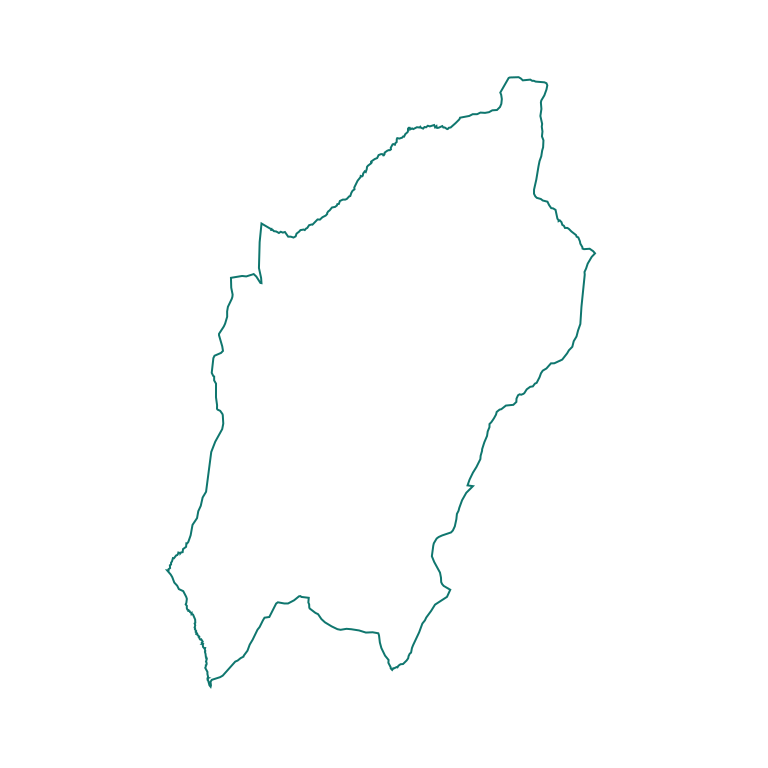 outline of Manyoni, Singida, United Republic of Tanzania, rotated 186°
{"feature_id": "72390352B73180368039512", "entity_name": "Manyoni", "entity_type": "district", "adm_level": 2, "iso_a3": "TZA", "parent_name": "United Republic of Tanzania", "parent_adm1": "Singida", "projection": "equal_earth", "projection_center": [34.654, -6.406], "detail": "fine", "context": "isolated", "style": "outline", "palette": "teal", "viewbox_px": 768, "rotation_deg": 186, "n_neighbors": 0, "source": "geoboundaries", "source_scale": "gbopen_adm2", "svg_char_len": 6130}
<svg xmlns="http://www.w3.org/2000/svg" viewBox="0 0 768 768"><g transform="rotate(186 384 384)"><path d="M578.0,181.3L577.5,178.6L578.9,177.3L578.8,176.1L580.2,176.0L576.2,172.2L574.4,169.8L571.8,164.6L568.6,161.8L566.6,158.6L562.0,157.0L558.5,151.7L557.6,149.7L557.7,145.7L558.2,144.1L556.9,142.8L556.7,140.5L556.0,139.1L554.9,138.8L554.9,137.9L553.6,137.8L553.1,136.9L551.8,136.3L551.5,135.3L551.2,135.8L551.0,135.1L549.8,134.7L547.2,130.0L546.7,126.8L547.3,126.1L546.5,124.3L546.9,121.9L546.3,121.4L546.4,120.3L545.0,118.7L545.4,117.8L544.4,117.1L544.6,115.9L543.6,115.9L543.3,114.9L542.1,114.2L541.9,113.2L541.3,113.2L541.3,112.5L540.6,111.2L539.9,110.6L539.1,111.0L537.4,108.9L538.1,107.7L537.1,107.0L537.8,106.4L536.8,106.3L537.0,105.7L536.5,103.6L535.4,102.6L534.3,102.7L534.5,101.3L533.8,99.8L534.1,98.9L533.3,97.0L532.6,93.8L532.0,93.5L532.1,92.4L531.5,92.1L532.0,89.2L531.5,88.7L531.1,87.0L531.4,85.9L531.8,85.7L531.7,84.3L532.1,83.0L529.5,79.2L529.3,77.1L528.4,74.5L528.5,73.5L528.0,73.4L528.4,73.2L528.3,72.4L528.7,72.4L528.5,71.2L527.8,70.5L526.1,66.1L524.8,64.8L524.6,66.2L525.4,69.7L524.3,71.8L516.4,75.3L513.9,77.1L502.9,92.4L500.7,93.6L497.9,96.4L495.2,98.2L495.1,99.1L491.9,104.5L490.3,110.8L487.9,116.0L484.1,126.5L482.3,129.3L479.7,136.3L478.4,139.1L473.7,140.3L468.3,154.4L466.7,155.8L460.1,155.3L456.5,155.7L450.8,159.5L446.3,164.0L444.9,164.3L443.9,163.6L436.5,163.5L436.4,158.8L435.4,157.0L435.0,154.1L434.5,153.0L428.3,149.2L425.5,148.2L421.7,143.7L417.8,140.8L410.8,137.5L404.7,135.3L401.5,135.0L395.7,136.6L391.0,136.7L383.0,136.3L376.0,134.9L369.4,135.9L363.6,135.5L362.7,133.5L361.1,126.5L359.0,121.1L354.6,114.0L350.6,110.0L350.5,107.2L347.7,102.9L347.6,101.9L346.0,100.5L345.1,102.2L344.7,102.0L341.9,103.8L341.0,103.6L340.2,105.3L338.3,107.0L335.8,107.5L332.6,111.4L331.3,113.7L331.1,116.0L330.2,118.5L329.0,119.7L328.6,124.3L327.8,127.2L323.1,140.7L320.8,149.8L318.6,153.2L317.6,156.1L313.4,163.3L310.2,169.9L299.1,178.9L296.6,186.3L303.5,189.4L305.2,191.0L306.4,192.9L307.1,197.4L308.6,202.3L315.5,212.3L318.4,217.7L318.1,228.4L317.8,230.8L315.5,235.8L313.7,237.5L310.3,239.5L301.8,243.4L300.2,245.5L298.7,249.8L297.9,257.1L297.9,262.4L296.6,265.8L296.2,268.6L294.2,276.6L290.8,284.4L284.9,291.7L290.3,291.9L288.9,297.9L286.3,305.1L283.4,311.1L280.3,319.4L280.4,322.7L279.5,327.8L279.6,329.4L278.1,336.6L276.1,343.1L275.9,347.7L274.6,352.1L274.9,355.2L273.3,357.2L271.1,361.3L269.4,365.3L269.0,368.0L266.4,370.6L264.7,371.2L260.5,375.3L253.2,376.8L250.5,380.0L250.7,383.3L249.5,386.8L248.1,387.9L246.4,387.7L244.3,388.8L243.5,389.6L241.5,393.6L238.3,396.5L235.7,397.2L234.0,400.1L232.3,401.1L230.0,407.0L229.0,411.1L227.5,413.9L224.1,416.4L220.1,422.0L216.8,422.4L209.3,426.9L205.1,433.6L203.6,436.9L200.6,440.7L199.8,446.4L197.5,451.4L196.6,457.5L195.0,464.2L195.7,481.4L195.8,513.7L196.3,516.4L195.1,519.9L194.0,525.0L190.7,532.2L187.8,536.0L189.8,537.9L193.6,540.0L199.2,539.0L200.7,539.4L201.0,540.8L203.4,544.1L204.1,546.4L206.1,550.1L207.8,550.6L208.6,552.2L213.6,555.3L216.4,557.6L218.0,558.4L220.3,558.1L221.7,560.2L223.3,560.9L224.4,563.5L226.3,565.1L227.4,564.3L227.6,565.3L228.8,566.5L231.6,575.1L234.1,576.3L236.1,576.4L238.5,579.2L240.5,582.4L245.3,583.1L247.4,584.4L251.5,585.1L253.2,586.5L254.7,588.9L255.1,593.0L253.9,603.2L253.1,616.7L252.6,622.0L251.4,626.9L251.1,632.7L250.5,636.0L250.9,643.0L252.8,646.8L252.8,651.7L254.0,656.4L253.9,659.2L256.5,666.9L256.2,674.0L257.4,680.3L257.2,682.4L254.7,687.8L253.2,693.9L252.8,698.1L253.9,700.1L256.0,700.8L264.8,700.6L266.7,701.2L268.3,701.0L270.3,702.0L277.7,700.5L279.9,702.2L282.2,703.2L290.9,702.0L292.0,701.4L298.8,686.0L297.7,683.9L296.6,679.7L296.6,674.9L297.6,671.6L300.3,668.3L304.9,667.5L308.0,665.3L311.9,664.2L316.5,664.0L319.5,662.1L324.0,661.6L327.2,659.5L336.2,656.8L336.7,655.1L340.2,650.8L344.5,646.1L346.3,645.6L347.2,644.3L347.8,644.1L350.5,645.5L351.8,645.3L353.0,646.6L356.4,644.6L357.9,644.2L358.4,644.4L358.8,645.9L360.0,644.6L361.2,646.8L365.3,645.0L367.4,645.4L369.0,643.7L370.6,643.8L371.8,642.1L374.1,642.8L374.8,643.6L375.4,642.8L378.1,642.8L381.5,640.6L382.7,641.1L383.2,640.6L384.1,640.8L384.7,640.0L385.3,641.5L386.2,641.4L386.8,640.4L386.6,638.0L386.9,636.9L388.9,634.8L389.9,632.1L390.8,632.2L391.7,630.9L394.4,629.7L396.5,629.9L396.9,628.8L396.7,625.9L397.8,624.8L398.2,623.1L399.9,623.6L400.5,623.2L402.0,619.6L401.6,618.1L402.7,617.1L403.7,617.1L405.2,616.3L407.5,614.2L407.5,612.6L408.1,611.4L408.6,611.3L409.4,612.4L411.0,612.3L413.3,611.1L414.4,608.0L416.8,606.7L420.1,603.8L420.1,603.2L419.5,602.8L419.9,602.1L422.8,599.4L423.6,598.1L423.6,596.0L424.3,592.9L425.4,593.5L426.7,591.2L426.9,588.9L427.6,588.2L428.9,588.5L429.0,587.3L431.5,583.4L434.1,576.3L433.7,574.5L435.4,573.0L436.4,570.9L437.2,567.4L438.2,567.0L440.4,564.1L441.9,563.3L444.2,563.1L447.0,561.4L447.7,558.4L449.2,558.0L449.5,556.6L451.2,555.0L454.2,554.1L456.2,551.0L457.6,549.7L458.4,548.0L458.3,547.1L459.6,545.4L462.7,543.4L464.9,540.8L467.3,540.7L471.8,535.0L472.6,535.1L475.1,534.1L476.6,531.2L477.9,530.3L478.9,528.8L480.1,529.2L483.2,528.3L484.3,526.7L486.7,524.4L487.3,521.6L489.3,520.2L492.2,520.8L494.7,520.5L498.4,524.8L500.4,524.0L502.6,524.6L504.3,523.2L507.1,524.4L509.5,524.5L510.8,525.6L512.2,525.4L512.2,526.5L512.9,526.4L522.6,530.8L522.5,512.1L520.5,486.3L517.3,476.6L516.4,471.5L517.5,471.6L522.2,477.5L525.1,479.7L532.2,476.6L536.4,476.6L547.3,473.6L546.0,463.8L543.9,457.1L543.9,454.8L544.3,452.8L547.3,444.4L547.6,439.8L547.0,434.5L548.3,427.5L549.3,424.5L553.3,416.7L553.2,415.3L548.8,404.5L547.6,400.1L549.3,397.9L555.5,394.4L556.4,391.9L556.5,377.1L554.7,374.2L553.7,373.7L553.3,369.8L551.1,366.8L549.7,353.2L547.8,345.5L547.5,341.9L546.8,341.1L544.1,340.2L541.5,337.2L541.1,336.2L539.7,327.8L540.2,322.2L545.8,309.0L548.7,298.3L549.7,258.2L552.5,252.2L553.5,243.7L555.4,238.1L555.9,231.1L559.7,223.9L560.5,213.3L562.1,206.5L563.1,204.9L563.9,204.9L563.8,201.4L566.6,198.8L566.7,195.7L568.2,195.3L568.9,194.2L569.0,194.6L570.9,194.9L571.0,193.7L571.7,192.3L572.8,191.8L574.7,188.7L575.7,188.8L576.3,185.4L577.1,184.0L576.9,182.2L578.0,181.3Z" fill="none" stroke="#0f766e" stroke-width="2"/></g></svg>